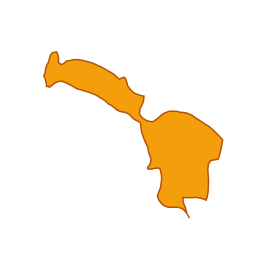 outline of Monchy/Careffe, Gros Islet, Saint Lucia, rotated 213°
{"feature_id": "8701671B75171816704867", "entity_name": "Monchy/Careffe", "entity_type": "district", "adm_level": 2, "iso_a3": "LCA", "parent_name": "Saint Lucia", "parent_adm1": "Gros Islet", "projection": "albers", "projection_center": [-60.95, 14.06], "detail": "fine", "context": "isolated", "style": "filled", "palette": "amber", "viewbox_px": 256, "rotation_deg": 213, "n_neighbors": 0, "source": "geoboundaries", "source_scale": "gbopen_adm2", "svg_char_len": 3000}
<svg xmlns="http://www.w3.org/2000/svg" viewBox="0 0 256 256"><g transform="rotate(213 128 128)"><path d="M126.6,146.8L128.3,150.5L129.1,156.7L129.9,159.7L130.7,160.9L131.9,163.4L134.1,162.6L134.8,162.3L136.6,161.8L138.6,161.2L140.3,161.0L141.6,160.8L143.3,160.7L143.9,161.0L144.9,161.2L146.3,161.4L147.5,161.7L148.8,162.3L150.1,162.7L151.1,163.1L152.3,164.1L153.5,165.4L154.8,166.4L155.9,167.2L157.0,168.1L158.8,168.6L159.5,167.7L160.3,166.8L160.8,166.0L161.2,165.5L161.5,165.0L161.8,164.6L162.1,164.2L169.4,165.4L182.7,164.7L193.3,163.1L200.6,160.7L205.9,158.8L210.5,156.0L213.1,153.3L216.2,150.5L216.9,147.0L218.8,144.7L219.0,144.7L221.9,145.1L223.8,148.2L226.8,151.3L229.5,152.9L231.7,150.6L232.5,149.8L232.8,147.3L231.9,144.1L231.3,142.1L230.6,139.9L230.5,137.9L230.0,134.7L228.9,131.8L227.6,129.1L227.1,126.3L226.5,125.4L225.6,124.9L224.2,124.2L223.0,123.0L221.8,121.7L220.1,120.4L219.3,118.7L219.0,118.4L218.6,118.6L217.4,119.6L216.3,119.3L215.7,120.3L214.6,123.7L213.5,126.6L211.7,128.9L209.9,130.9L204.7,132.2L201.5,132.5L197.0,132.9L192.6,133.0L188.2,134.3L184.8,135.4L180.0,136.8L176.0,137.7L172.5,138.2L170.6,138.3L168.6,138.2L164.8,138.5L161.2,138.2L157.7,137.6L154.6,137.8L153.8,137.8L151.8,137.7L147.1,137.1L147.1,137.4L145.4,137.3L145.1,137.3L144.0,137.5L142.1,138.2L141.2,138.5L139.0,139.6L134.1,140.1L128.8,138.8L125.7,138.8L122.0,139.3L120.6,139.2L119.6,138.4L118.2,136.5L116.7,134.8L115.3,133.1L114.0,131.6L111.8,130.1L110.2,128.7L107.6,126.9L106.0,125.8L103.7,124.3L100.7,122.5L99.6,121.2L98.7,120.2L97.8,119.2L96.1,117.7L94.2,116.5L92.6,115.1L91.4,113.7L90.5,112.0L89.9,110.0L89.9,107.9L90.0,105.8L89.9,105.1L89.4,104.7L88.8,104.6L87.8,105.1L85.9,106.4L84.1,108.1L81.8,110.3L80.3,111.0L80.0,111.1L79.3,111.0L78.7,110.9L77.6,110.1L75.8,108.3L73.8,106.1L72.1,103.6L70.4,100.4L68.7,96.7L67.8,93.9L67.3,90.8L66.5,87.6L65.5,86.2L63.1,84.5L59.8,83.2L55.5,82.5L52.1,83.1L49.4,84.5L47.2,86.0L43.7,88.3L40.9,89.4L38.1,89.9L35.6,89.5L32.7,88.6L32.3,88.4L33.5,89.8L37.3,93.0L41.4,95.9L44.0,99.6L42.7,100.4L37.9,103.4L32.7,107.1L26.9,109.4L23.2,110.0L23.8,112.8L25.8,117.6L31.6,127.5L38.3,136.4L40.9,141.5L40.9,145.6L38.0,148.6L35.5,150.8L35.8,152.5L36.1,153.5L36.4,154.3L36.7,155.4L37.1,156.8L37.5,158.1L38.1,159.5L38.7,161.3L39.3,162.9L39.8,163.9L40.1,164.9L40.3,165.5L40.8,166.4L41.1,167.2L41.5,168.1L42.0,169.1L42.2,169.6L45.4,170.5L52.6,172.1L59.8,173.3L69.0,173.3L75.0,173.3L76.2,173.2L77.7,173.3L78.6,173.4L79.5,173.4L80.7,173.5L81.7,173.5L82.7,173.3L83.6,173.2L84.6,173.0L85.4,172.8L86.2,172.7L87.1,172.4L87.8,172.2L88.5,171.8L89.2,171.5L90.8,170.7L92.3,169.9L93.2,169.5L94.1,169.2L95.9,168.8L98.7,167.0L99.9,166.2L100.9,165.6L101.8,165.0L102.5,164.4L103.3,163.5L104.4,162.0L105.8,159.9L106.2,159.0L106.7,158.2L107.0,157.4L107.2,156.2L107.4,155.6L107.7,154.7L107.9,153.8L108.4,152.3L108.7,151.3L110.4,147.0L113.1,145.4L116.9,144.3L121.1,144.3L124.9,145.4L126.6,146.8ZM27.3,85.9L29.8,87.2L32.3,88.4L29.5,87.0L27.3,85.9Z" fill="#f59e0b" stroke="#b45309" stroke-width="1.5"/></g></svg>